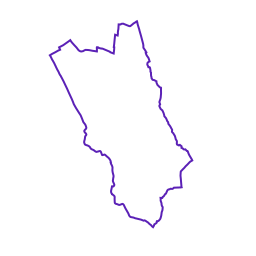 the district of Thung Khru, Bangkok Metropolis, Thailand, rotated 341°
{"feature_id": "78962969B48707733075976", "entity_name": "Thung Khru", "entity_type": "district", "adm_level": 2, "iso_a3": "THA", "parent_name": "Thailand", "parent_adm1": "Bangkok Metropolis", "projection": "equal_earth", "projection_center": [100.498, 13.625], "detail": "fine", "context": "isolated", "style": "outline", "palette": "violet", "viewbox_px": 256, "rotation_deg": 341, "n_neighbors": 0, "source": "geoboundaries", "source_scale": "gbopen_adm2", "svg_char_len": 5745}
<svg xmlns="http://www.w3.org/2000/svg" viewBox="0 0 256 256"><g transform="rotate(341 128 128)"><path d="M91.3,185.4L91.6,185.6L92.6,187.2L92.9,187.8L93.0,188.4L92.9,189.0L92.3,190.5L91.4,193.5L91.2,194.3L91.2,194.7L91.3,195.0L91.5,195.3L91.8,195.7L93.0,196.5L94.1,197.5L94.5,197.8L95.1,198.0L95.8,198.0L97.5,197.9L97.8,197.9L98.3,198.1L98.6,198.5L98.8,198.9L99.0,199.5L99.1,200.5L99.4,203.1L100.5,208.8L100.6,211.1L100.8,211.8L101.1,212.5L101.4,212.9L101.8,213.2L104.1,214.5L105.1,215.4L105.6,215.8L106.3,216.2L110.5,218.9L112.6,220.7L113.5,220.7L113.7,220.8L114.0,221.1L114.4,221.5L115.1,222.5L116.2,223.9L117.1,225.8L117.8,226.8L118.1,227.2L118.7,228.8L119.4,229.9L120.1,229.3L120.8,228.7L121.4,227.8L121.5,227.7L123.6,227.2L124.2,226.9L124.5,226.6L124.7,225.8L125.0,225.5L125.9,225.8L126.3,225.8L127.0,225.6L128.7,224.6L129.2,224.1L130.3,222.6L131.0,221.5L132.5,218.5L133.6,217.2L133.9,216.7L134.5,215.4L134.9,214.5L135.0,213.9L134.8,213.0L134.7,212.5L134.8,211.5L135.2,209.9L135.2,208.2L135.2,207.4L135.4,206.8L135.8,205.7L136.0,204.7L137.1,205.2L137.4,205.3L137.6,205.3L137.9,205.1L138.2,204.7L138.3,204.5L139.5,204.2L140.1,203.8L141.3,202.8L141.6,202.6L142.2,202.5L142.5,202.4L144.9,199.8L145.5,199.5L146.2,199.3L147.5,199.5L148.1,199.3L148.5,199.3L149.0,199.5L149.7,199.9L150.1,200.0L150.9,199.9L151.8,199.5L152.0,199.4L158.3,201.3L159.4,201.5L159.4,201.1L159.5,200.7L161.4,193.2L162.1,190.2L162.5,189.2L163.6,186.6L163.8,186.3L163.9,186.2L166.4,184.9L168.1,184.1L170.1,182.9L172.3,181.9L175.1,180.4L176.1,180.0L178.2,179.6L178.1,178.4L177.1,173.6L176.9,171.7L176.9,169.6L176.8,169.3L176.7,169.1L176.2,168.9L176.1,168.7L175.3,166.9L175.2,166.9L174.7,166.8L174.4,166.7L173.8,166.4L173.6,166.2L173.3,165.4L173.0,165.0L172.7,164.7L172.1,164.2L172.7,162.8L172.7,162.7L171.5,160.8L171.4,160.8L171.0,161.0L170.7,161.1L170.4,161.0L170.0,160.7L169.7,160.1L169.2,159.9L169.0,159.5L169.0,159.2L169.0,158.8L169.7,157.1L169.9,156.5L169.9,156.2L169.9,155.7L169.6,154.7L169.5,154.2L169.7,152.0L169.7,150.9L169.7,150.3L169.3,149.0L169.2,147.9L168.6,146.7L168.4,146.3L168.4,146.0L168.4,145.7L168.5,145.4L169.1,144.3L169.1,143.7L168.8,142.2L168.6,140.8L168.4,139.9L168.2,139.2L167.5,137.1L167.8,135.9L167.8,135.4L167.7,135.1L167.3,134.0L167.3,132.5L167.1,131.0L166.9,130.4L166.4,129.3L166.2,128.6L166.4,127.7L166.5,125.5L166.3,123.1L166.2,122.8L166.2,122.5L165.3,121.0L165.1,120.6L165.0,120.0L164.8,118.0L164.8,117.4L165.1,116.9L165.4,116.6L166.0,116.3L166.1,116.1L166.1,115.8L166.1,113.7L166.6,113.0L168.0,111.2L168.5,110.4L168.9,109.7L170.5,106.1L171.6,102.7L172.3,100.8L172.3,100.6L171.7,100.2L171.3,99.8L170.5,98.1L169.9,96.9L169.8,95.8L169.7,94.5L169.8,94.0L170.1,93.1L169.5,92.5L168.7,91.6L168.3,91.2L167.2,90.6L167.0,90.4L166.8,90.1L166.7,89.3L166.5,88.8L166.5,88.6L166.8,87.4L166.8,86.3L167.0,85.5L167.4,84.2L167.8,83.1L167.8,82.9L167.6,82.5L167.6,81.9L167.9,81.3L168.0,80.9L168.4,78.3L168.2,77.5L167.3,77.3L167.1,77.2L167.1,75.7L166.9,74.7L167.0,73.9L167.2,73.7L167.6,72.9L167.9,72.6L169.0,72.2L170.1,72.1L170.2,69.5L170.1,68.0L169.6,66.6L169.2,64.7L169.2,63.9L169.2,62.8L170.0,62.6L170.0,62.3L169.6,61.7L169.7,60.8L168.7,57.2L168.9,56.4L169.4,55.0L169.7,53.3L170.3,45.1L170.6,39.3L170.7,38.8L170.8,35.6L170.9,32.9L171.0,32.2L171.2,31.0L171.2,30.0L170.5,30.1L169.4,30.5L167.0,31.0L166.7,31.2L163.7,32.3L163.4,32.4L162.9,32.3L162.4,32.1L161.2,31.1L157.4,27.8L156.3,27.5L155.9,27.4L155.5,27.4L154.9,27.6L154.7,27.7L152.9,27.0L151.2,31.1L150.7,32.1L150.5,32.3L150.1,33.1L149.3,34.9L149.3,35.1L149.2,35.5L148.3,37.2L146.2,35.6L146.1,35.8L145.4,37.3L142.2,44.3L140.9,46.9L141.3,47.2L140.3,49.6L138.7,52.9L135.9,50.6L135.9,50.3L135.6,49.9L129.9,44.8L129.6,44.6L129.3,44.5L128.9,44.2L128.5,44.2L127.7,43.6L127.2,43.3L127.0,43.1L126.6,43.0L126.4,42.7L126.3,42.4L126.1,42.1L125.0,41.5L124.9,41.5L124.5,42.2L124.5,42.7L123.7,44.9L123.7,45.1L123.5,45.5L121.3,44.3L119.7,43.5L116.6,41.7L115.0,41.0L114.6,40.8L113.5,40.4L113.1,40.3L112.0,40.4L110.4,40.7L108.6,40.4L108.0,40.0L107.5,39.6L106.9,38.8L106.6,38.4L105.5,35.1L104.1,32.0L102.8,28.9L102.4,27.7L102.0,26.1L100.6,26.6L93.7,28.6L89.1,29.3L89.3,31.9L87.0,32.1L83.9,32.7L80.4,33.2L77.8,33.8L78.0,34.5L78.3,36.5L78.5,38.5L78.6,38.9L78.8,39.7L79.4,43.0L79.5,44.4L79.7,45.5L79.7,46.1L80.1,49.4L80.4,51.2L80.5,51.4L80.5,51.5L80.7,53.1L80.7,53.5L80.8,54.5L81.0,55.7L81.2,56.3L81.4,57.0L81.4,57.6L81.6,58.4L82.3,63.1L82.6,65.9L83.2,71.0L83.5,74.6L83.6,75.8L83.7,76.7L84.3,82.5L84.5,85.9L84.5,87.4L84.6,88.2L85.3,92.0L86.7,98.0L87.1,99.5L87.2,99.8L87.4,101.0L87.6,104.2L87.7,107.7L87.8,108.2L88.5,110.2L88.7,110.8L88.8,112.3L88.8,112.8L88.7,114.1L88.5,114.5L88.3,114.8L88.1,115.0L86.9,115.6L86.3,116.0L85.8,116.4L85.7,116.7L85.6,117.1L85.7,117.8L85.8,118.3L86.4,119.4L86.5,120.2L86.4,120.8L86.2,121.0L84.9,121.9L84.6,122.3L83.6,124.3L83.2,125.0L82.6,125.8L81.9,127.1L81.8,128.0L81.9,129.4L82.2,129.9L83.1,130.7L83.9,131.2L84.6,131.9L85.3,132.7L85.6,133.3L85.9,134.0L86.0,135.1L86.2,135.5L86.8,136.3L87.7,137.1L88.5,137.9L88.8,138.5L89.6,139.6L89.9,139.9L90.2,140.2L90.8,140.4L91.6,140.4L92.0,140.5L93.1,140.5L93.7,140.6L94.2,140.8L94.4,141.1L94.6,141.7L94.7,145.0L94.8,145.2L95.0,145.3L95.9,145.4L97.2,145.5L97.6,145.9L98.0,146.6L98.9,148.3L99.9,149.9L100.5,151.6L100.7,152.6L100.8,153.3L100.7,154.4L100.6,154.9L100.6,155.0L100.4,155.0L100.4,155.3L100.3,156.1L100.3,156.4L100.5,157.6L100.6,158.7L100.6,159.4L100.5,160.2L100.3,160.8L99.8,162.0L99.4,163.2L99.1,164.8L99.0,165.8L98.9,167.3L98.8,168.3L98.4,169.5L97.8,170.4L97.4,171.2L96.5,173.0L96.4,173.6L96.4,174.0L96.5,175.1L96.6,176.2L96.6,176.6L96.6,177.1L96.3,177.6L96.2,177.9L95.2,178.5L93.9,177.9L93.8,178.0L93.6,178.5L91.6,181.8L91.3,182.5L91.1,183.5L91.1,184.0L91.2,184.4L91.4,184.9L91.3,185.4Z" fill="none" stroke="#5b21b6" stroke-width="2"/></g></svg>